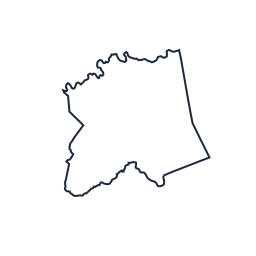 Tanhaçu, Bahia, Brazil, rotated 234°
{"feature_id": "56859067B85433872585656", "entity_name": "Tanhaçu", "entity_type": "district", "adm_level": 2, "iso_a3": "BRA", "parent_name": "Brazil", "parent_adm1": "Bahia", "projection": "albers", "projection_center": [-41.159, -14.129], "detail": "fine", "context": "isolated", "style": "outline", "palette": "slate", "viewbox_px": 256, "rotation_deg": 234, "n_neighbors": 0, "source": "geoboundaries", "source_scale": "gbopen_adm2", "svg_char_len": 3478}
<svg xmlns="http://www.w3.org/2000/svg" viewBox="0 0 256 256"><g transform="rotate(234 128 128)"><path d="M161.0,215.1L161.2,213.7L162.0,212.1L162.3,210.8L162.9,209.8L164.4,208.3L166.3,207.6L167.3,206.7L167.4,205.3L167.2,204.2L165.8,203.6L164.3,202.4L163.1,201.4L163.3,200.0L163.6,198.5L164.8,197.5L166.7,196.9L167.2,195.7L167.8,193.9L166.7,192.3L166.2,190.5L166.5,188.5L166.7,187.0L167.1,185.9L168.5,185.3L169.8,184.1L171.0,183.5L172.5,182.9L173.8,182.2L174.7,180.7L175.0,179.1L175.9,177.7L176.7,176.3L177.9,176.1L179.1,175.8L179.7,174.5L180.6,173.6L181.8,172.9L182.7,172.1L183.9,171.3L185.5,170.8L186.7,170.7L187.8,171.0L189.1,171.6L190.6,171.2L190.4,169.0L189.8,167.8L188.6,167.8L187.3,168.0L185.9,167.7L184.9,166.8L183.9,166.6L183.2,165.5L183.3,164.1L184.5,163.5L185.6,162.3L186.8,161.5L188.0,161.1L189.0,161.0L190.1,161.1L191.3,161.3L193.1,161.5L194.5,162.1L195.4,161.0L195.8,159.4L196.5,158.8L197.1,157.8L196.5,156.9L195.9,155.8L195.7,154.4L195.0,153.0L193.5,152.0L193.0,150.6L193.4,149.6L194.7,148.8L194.1,147.7L194.7,146.5L195.9,146.3L197.4,146.4L198.5,146.3L199.4,145.2L199.6,143.6L199.1,141.8L197.9,140.7L196.3,139.5L194.7,139.2L193.5,140.5L192.3,141.1L190.9,140.4L188.7,140.6L187.0,140.3L185.8,139.5L185.3,138.2L186.1,137.4L187.0,136.7L186.6,135.4L185.6,134.5L185.7,133.3L186.9,133.0L188.2,133.0L189.4,133.1L190.9,133.2L192.3,132.1L192.0,130.4L193.3,130.0L194.3,129.3L194.5,127.8L194.3,126.7L193.1,126.2L191.9,125.6L191.2,124.3L191.5,122.3L192.0,121.0L191.4,119.3L191.2,117.4L190.9,115.5L192.4,115.1L193.7,114.7L194.4,113.7L194.4,112.4L193.7,111.3L192.3,109.4L191.6,107.8L192.3,106.5L193.5,106.1L195.4,106.4L196.8,106.5L198.5,106.3L199.7,105.5L199.5,104.3L198.8,103.2L197.9,102.0L196.2,101.6L194.6,101.2L194.0,100.0L194.8,98.9L196.6,97.8L194.8,97.2L193.6,97.3L192.2,97.8L190.5,97.9L189.4,98.5L175.6,90.2L166.8,91.7L156.5,93.5L151.9,78.9L151.0,76.7L150.2,75.0L149.7,73.0L149.0,71.6L147.9,70.8L147.2,69.6L145.5,68.4L143.7,68.7L142.5,67.9L141.2,67.9L140.2,68.0L139.1,68.3L138.5,67.4L138.0,66.3L137.6,64.7L136.9,63.5L136.8,62.3L137.2,61.0L137.5,59.7L137.1,58.4L135.3,58.9L133.5,59.2L131.3,56.8L124.3,49.1L122.7,47.3L121.9,46.3L121.2,45.2L120.1,44.6L119.3,44.0L118.0,43.4L116.9,42.6L116.2,41.4L114.9,40.9L113.5,41.2L112.4,41.7L111.6,42.7L110.6,43.5L109.5,43.1L108.1,43.5L106.4,44.1L105.1,44.4L104.0,45.4L102.8,47.4L101.9,49.3L100.9,50.5L100.0,51.3L100.2,52.4L100.5,53.4L100.4,54.8L99.6,55.9L99.8,57.5L100.0,59.1L100.1,60.3L100.4,61.4L100.5,62.5L100.2,63.5L100.0,64.9L100.6,66.0L99.7,66.6L99.7,67.8L99.5,68.9L99.3,70.3L98.6,71.4L99.5,73.0L99.9,74.1L99.2,75.1L97.4,75.8L96.5,76.5L95.1,77.7L94.4,78.8L93.8,79.9L94.0,81.4L94.7,83.4L95.5,84.7L95.1,86.6L94.8,88.2L94.9,89.6L95.9,91.2L97.3,91.7L97.0,93.3L97.5,94.9L97.4,96.2L97.4,97.7L96.3,97.6L95.3,98.9L96.7,100.0L96.9,101.6L98.4,103.0L98.9,104.2L98.5,105.6L98.2,107.0L99.5,108.0L98.4,109.5L97.9,111.0L97.4,112.0L96.5,113.2L95.4,114.1L93.9,113.3L92.9,112.3L92.1,111.2L90.7,111.0L89.0,112.2L87.6,112.7L86.3,112.0L84.7,112.2L83.6,113.5L82.7,114.6L81.3,115.0L79.5,114.9L78.1,114.7L76.8,114.5L75.4,114.6L73.2,115.2L71.4,116.1L69.8,117.4L68.0,118.3L66.5,118.4L65.5,118.3L64.0,118.1L62.7,118.7L61.8,120.0L61.7,121.0L61.2,122.2L61.3,123.8L62.6,125.1L63.6,125.8L64.8,126.6L66.6,127.1L67.8,128.0L68.4,129.5L67.0,136.1L58.4,168.7L56.6,175.4L56.3,176.6L59.3,177.1L60.9,177.4L72.2,179.3L74.6,179.7L76.5,180.0L94.1,183.1L103.9,187.7L117.8,194.4L125.4,198.1L153.8,212.0L161.0,215.1Z" fill="none" stroke="#1e293b" stroke-width="2"/></g></svg>